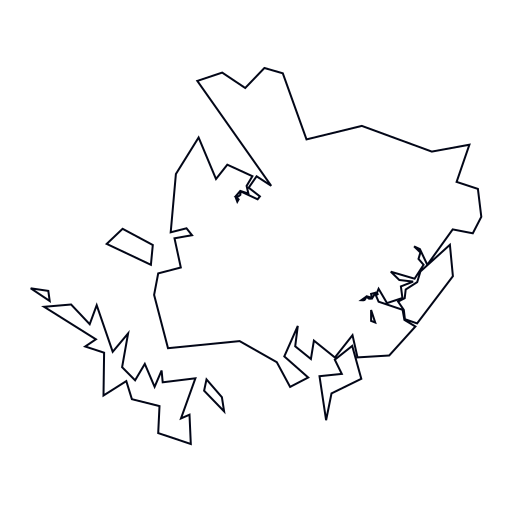 Mkoani, Kusini-Pemba, United Republic of Tanzania
{"feature_id": "72390352B13842693360807", "entity_name": "Mkoani", "entity_type": "district", "adm_level": 2, "iso_a3": "TZA", "parent_name": "United Republic of Tanzania", "parent_adm1": "Kusini-Pemba", "projection": "orthographic", "projection_center": [39.684, -5.384], "detail": "medium", "context": "isolated", "style": "outline", "palette": "ink", "viewbox_px": 512, "rotation_deg": 0, "n_neighbors": 0, "source": "geoboundaries", "source_scale": "gbopen_adm2", "svg_char_len": 1917}
<svg xmlns="http://www.w3.org/2000/svg" viewBox="0 0 512 512"><path d="M282.8,73.3L264.4,68.0L245.2,88.0L222.2,72.6L197.3,80.9L271.2,185.8L256.6,176.3L248.7,187.7L259.9,196.4L257.6,199.3L240.7,191.4L240.3,194.9L238.4,196.4L235.8,197.0L238.6,199.4L237.3,201.7L235.4,196.6L240.3,190.9L248.4,193.6L246.6,185.9L252.4,176.2L227.3,164.7L216.0,179.0L198.6,137.5L175.9,174.0L170.7,232.3L186.5,228.3L192.0,235.2L174.5,238.3L180.8,267.5L158.2,273.4L154.1,294.9L168.0,348.2L239.6,341.1L276.8,362.2L290.1,386.9L308.2,377.5L284.3,356.4L297.8,325.9L295.2,346.3L310.9,359.0L313.9,340.6L334.9,357.5L352.5,335.2L357.5,357.4L389.2,355.5L415.4,326.5L404.4,319.9L402.6,309.8L378.6,301.7L375.1,293.5L371.9,298.6L369.1,298.7L366.4,296.7L365.2,299.1L364.5,300.0L363.3,300.3L361.3,300.2L366.8,296.3L371.8,297.8L371.1,293.9L375.7,292.7L378.1,294.9L376.9,292.9L378.6,288.8L387.0,303.1L402.4,298.0L400.9,286.4L413.1,281.6L399.3,280.0L390.8,271.7L414.6,278.7L423.6,264.8L418.5,258.9L420.4,252.5L414.1,246.4L419.9,249.1L427.3,264.8L452.7,229.4L472.8,233.3L481.3,216.8L477.9,188.9L456.6,181.9L469.4,144.7L431.8,151.6L361.8,125.9L306.5,139.4L282.8,73.3ZM371.1,320.9L371.1,310.0L375.2,322.5L371.1,320.9ZM71.1,304.5L44.1,306.8L95.9,339.3L85.2,346.5L104.1,352.7L103.5,395.5L126.3,381.1L131.9,399.2L159.5,406.1L158.2,433.1L190.8,444.0L189.5,414.7L181.0,418.4L195.4,378.3L162.7,382.3L161.6,370.5L154.6,386.8L144.8,363.9L135.1,380.3L122.1,367.2L128.1,333.4L112.7,351.8L96.7,305.2L89.7,324.2L71.1,304.5ZM449.9,244.8L420.4,271.5L417.2,282.1L405.7,289.5L404.7,298.2L398.1,301.6L403.8,309.9L404.9,319.2L417.1,323.4L452.9,276.2L449.9,244.8ZM352.2,345.9L334.8,359.7L341.8,373.9L319.5,376.2L326.1,420.2L331.5,393.4L361.3,378.8L352.2,345.9ZM122.6,228.8L106.7,243.9L150.9,264.8L152.8,245.0L122.6,228.8ZM206.5,379.4L204.1,390.7L224.1,411.4L221.9,397.2L206.5,379.4ZM48.3,290.9L30.7,288.3L49.7,301.0L48.3,290.9Z" fill="none" stroke="#020617" stroke-width="2"/></svg>